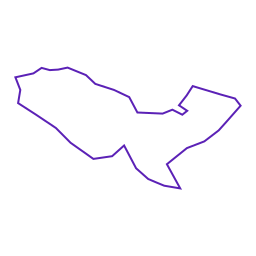 outline of Katydata, Nicosia, Cyprus
{"feature_id": "46923920B20193016295799", "entity_name": "Katydata", "entity_type": "district", "adm_level": 2, "iso_a3": "CYP", "parent_name": "Cyprus", "parent_adm1": "Nicosia", "projection": "orthographic", "projection_center": [32.912, 35.095], "detail": "fine", "context": "isolated", "style": "outline", "palette": "violet", "viewbox_px": 256, "rotation_deg": 0, "n_neighbors": 0, "source": "geoboundaries", "source_scale": "gbopen_adm2", "svg_char_len": 599}
<svg xmlns="http://www.w3.org/2000/svg" viewBox="0 0 256 256"><path d="M18.1,103.1L35.9,114.6L54.7,127.2L55.9,128.0L70.6,142.8L91.4,157.5L93.4,158.9L112.1,156.2L124.1,145.5L136.1,168.3L148.2,179.0L156.2,182.4L164.2,185.7L180.2,188.4L166.9,164.2L186.9,148.1L204.3,141.4L218.7,130.4L227.2,120.9L240.6,105.7L235.0,98.5L220.3,94.4L192.7,86.1L186.7,95.4L179.0,105.3L187.2,110.8L182.3,114.7L172.4,109.7L162.6,113.6L137.4,112.5L129.2,97.1L113.9,89.9L95.3,83.9L86.0,75.1L67.6,67.6L58.1,69.6L49.8,70.1L41.6,67.9L33.4,73.4L15.4,77.3L20.3,89.9L18.1,103.1Z" fill="none" stroke="#5b21b6" stroke-width="2"/></svg>